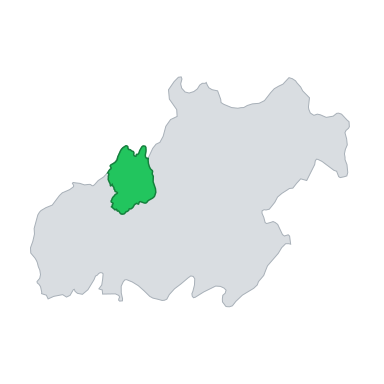 Južno-Banatski on a map of Republic of Serbia (Robinson projection), rotated 279°
{"feature_id": "SRB-1060", "entity_name": "Južno-Banatski", "entity_type": "District", "adm_level": 1, "iso_a3": "SRB", "parent_name": "Republic of Serbia", "parent_adm1": "", "projection": "robinson", "projection_center": [20.779, 44.991], "detail": "fine", "context": "in_parent", "style": "filled", "palette": "green", "viewbox_px": 384, "rotation_deg": 279, "n_neighbors": 0, "source": "natural_earth", "source_scale": "10m", "svg_char_len": 6773}
<svg xmlns="http://www.w3.org/2000/svg" viewBox="0 0 384 384"><g transform="rotate(279 192 192)"><path d="M218.9,143.5L229.0,146.4L233.6,149.0L236.0,152.5L242.5,154.8L252.9,155.9L260.2,159.5L264.3,165.5L271.0,164.0L280.2,155.1L289.3,152.8L298.3,157.1L303.2,160.6L304.0,163.3L302.0,164.4L297.0,163.9L292.9,165.6L289.7,169.5L289.3,173.7L291.5,178.1L294.7,181.2L298.8,182.9L301.0,185.2L301.4,188.1L302.4,188.9L300.1,190.3L297.6,192.3L296.2,195.8L295.9,201.5L287.9,205.9L284.9,206.7L283.6,209.6L281.6,217.9L281.9,224.1L283.0,227.3L283.5,229.9L286.1,233.1L288.5,237.9L290.1,244.4L293.6,249.3L302.5,254.2L306.9,257.1L310.2,261.2L312.7,264.9L320.1,269.9L319.6,273.4L318.0,276.9L316.3,278.5L312.7,282.9L309.2,285.5L303.4,293.3L294.2,293.7L292.0,294.4L288.5,296.5L286.8,300.4L288.5,303.6L288.3,306.8L286.7,312.9L289.0,319.6L292.3,322.6L292.8,324.4L292.3,327.5L287.4,333.8L286.0,336.1L281.1,337.2L279.4,336.6L276.9,334.5L274.5,333.8L268.7,336.4L262.8,338.0L258.1,336.8L253.5,336.6L250.3,337.7L247.9,338.1L243.2,340.8L235.6,342.8L232.1,342.4L230.8,339.8L229.4,336.1L230.1,334.5L235.1,331.6L235.6,328.8L242.6,315.5L243.9,311.2L243.9,309.8L242.1,308.9L238.3,308.9L221.3,303.5L222.0,297.3L217.0,294.0L211.6,291.0L210.7,287.7L204.7,281.0L200.4,277.3L194.8,275.4L190.0,272.7L187.1,271.0L185.8,267.9L185.8,266.0L184.4,264.2L182.1,264.4L178.1,266.9L173.3,269.0L172.5,270.6L174.2,274.3L175.5,276.7L174.9,278.9L173.4,281.7L164.1,288.0L163.0,290.2L164.8,293.7L163.7,295.3L155.9,297.6L156.1,295.7L155.6,292.6L151.1,289.3L144.9,286.8L130.9,278.1L125.6,276.9L120.8,275.9L113.9,271.7L110.4,271.0L106.5,268.0L98.0,257.9L90.8,252.4L85.9,249.7L84.5,247.0L84.2,244.2L84.4,243.2L88.2,239.3L91.1,238.7L94.8,238.6L97.2,240.6L100.4,241.0L102.2,238.5L103.2,234.8L102.8,230.1L95.1,219.2L88.5,211.6L87.8,210.0L89.2,208.5L91.5,207.8L94.0,208.4L100.5,209.0L106.7,208.3L108.8,206.4L108.9,203.9L106.6,201.6L99.4,195.4L93.7,189.9L87.1,185.6L82.2,183.9L80.8,181.8L80.2,179.5L80.7,175.3L81.1,170.0L82.3,166.6L86.8,160.3L91.1,153.6L93.8,147.1L95.2,141.1L94.7,139.4L92.5,138.1L87.8,136.8L81.3,137.9L75.7,140.1L73.6,140.3L72.9,137.6L73.8,136.4L75.5,136.5L76.9,137.0L78.4,135.8L79.4,132.2L77.2,119.7L81.3,118.6L81.4,116.8L81.8,115.2L86.0,117.4L92.0,117.4L97.3,117.0L98.1,115.8L98.0,114.0L96.9,112.6L95.1,111.5L93.8,109.8L90.2,109.0L79.2,104.5L73.8,99.8L74.0,94.7L75.6,92.0L77.5,91.0L77.0,90.1L70.8,87.7L68.6,84.5L70.4,80.3L67.3,71.8L63.9,66.6L67.3,64.3L67.8,61.1L68.1,59.3L69.4,59.3L74.8,57.2L76.8,55.4L78.0,53.4L79.3,52.9L82.9,55.1L86.7,55.3L91.0,53.9L94.2,51.9L98.0,50.3L99.8,49.2L102.0,47.4L106.5,42.3L111.6,41.2L118.4,42.5L125.8,43.0L131.3,41.8L145.2,43.3L148.2,44.5L150.1,45.8L153.7,50.2L157.2,56.0L162.1,58.6L167.9,61.7L170.9,64.0L175.3,70.9L178.7,74.2L179.9,74.1L181.1,73.2L181.9,72.5L182.8,73.1L182.8,75.2L183.0,79.8L182.2,84.7L183.5,89.4L183.5,90.8L182.6,92.1L182.7,93.3L184.0,94.6L188.7,97.6L193.1,102.4L198.1,105.7L202.8,107.8L205.8,108.0L210.6,111.8L220.2,114.6L223.3,115.5L225.4,117.1L226.9,118.9L227.0,120.9L225.5,121.8L223.5,124.5L222.6,127.7L221.1,128.5L219.6,128.5L218.5,129.5L218.7,130.9L220.0,132.2L222.0,133.4L225.8,134.6L229.6,136.4L229.6,137.8L228.8,139.4L224.0,139.9L220.4,140.2L218.8,140.8L218.9,143.5Z" fill="#d9dde1" stroke="#a8b0b8" stroke-width="1"/><path d="M197.7,105.7L200.6,106.9L201.2,107.3L201.7,107.8L202.3,108.3L203.0,108.4L203.6,108.2L204.6,107.2L205.2,107.1L206.2,107.7L208.3,110.4L209.3,111.5L211.4,112.7L212.5,113.1L215.1,113.2L221.7,115.0L223.4,115.8L225.0,116.9L226.5,118.6L227.1,119.1L227.4,120.1L227.1,121.1L226.4,121.7L225.6,121.7L224.9,122.0L224.4,122.5L224.0,123.1L224.1,123.7L224.1,124.3L224.0,124.6L223.9,124.9L223.4,125.5L223.2,125.8L222.9,126.9L222.9,127.4L222.7,127.8L221.9,128.4L221.3,128.5L219.7,128.6L219.1,128.9L218.6,129.5L218.4,130.3L218.5,131.0L219.3,131.2L220.4,131.2L220.6,131.6L220.4,132.1L220.5,132.5L221.9,133.4L224.9,133.9L226.4,134.5L228.6,135.3L229.5,136.0L230.0,137.2L229.8,138.7L228.9,139.4L226.4,140.0L224.7,140.2L221.1,140.1L219.4,140.6L218.6,141.2L218.1,142.1L217.9,143.1L218.9,143.5L216.4,143.7L213.3,144.5L210.4,145.9L208.4,147.3L207.8,148.1L207.3,148.9L206.8,149.6L206.0,149.9L204.5,149.8L203.6,149.9L203.0,150.2L201.5,151.3L199.0,151.6L196.0,152.0L189.5,155.4L186.0,156.3L184.0,156.0L182.1,155.7L180.7,154.9L179.4,153.6L177.2,150.7L176.4,149.9L174.7,149.0L174.0,148.3L173.7,147.4L173.7,146.5L174.4,142.7L174.2,141.8L173.4,141.4L171.7,141.1L171.8,139.9L172.0,139.6L172.1,139.4L172.1,139.1L172.1,138.9L171.8,138.6L171.5,138.3L171.1,137.8L170.7,137.4L170.3,137.1L170.1,137.0L170.0,136.9L169.5,136.8L169.2,136.7L168.5,136.4L167.7,136.1L167.5,135.9L167.1,135.7L166.6,135.2L166.3,134.9L166.1,134.7L165.8,134.3L165.7,134.2L165.7,133.8L165.7,133.4L165.7,133.2L165.6,132.9L165.4,132.6L165.2,132.5L164.7,132.5L164.3,132.4L164.1,132.4L163.8,132.1L163.2,131.7L162.9,131.3L162.7,131.1L162.5,130.8L162.4,130.5L162.4,130.3L162.3,130.1L162.1,130.0L161.6,129.6L161.1,129.4L160.3,128.8L160.1,128.7L159.9,128.5L159.7,128.2L159.5,127.8L159.5,127.3L159.4,127.1L159.2,126.5L159.1,126.4L159.1,126.2L159.4,125.7L159.4,125.4L159.3,125.2L159.7,124.5L160.2,124.1L160.5,123.7L160.9,123.5L161.0,123.4L161.6,122.6L161.8,122.3L161.8,122.2L161.7,121.8L161.6,121.6L161.5,121.4L161.6,121.2L161.9,120.9L162.0,120.8L162.1,120.7L162.6,120.6L162.8,120.4L163.0,120.3L163.1,120.1L163.1,119.8L163.0,119.7L162.7,119.3L162.4,118.9L162.3,118.7L162.5,118.3L163.0,117.7L163.3,117.3L163.5,116.8L163.7,116.5L164.3,115.8L164.4,115.6L164.6,115.1L164.7,114.8L164.8,114.8L165.0,114.7L165.3,114.8L165.4,115.0L165.5,115.3L165.6,115.5L165.8,115.6L166.0,115.6L166.3,115.6L166.7,115.4L166.9,115.3L167.0,115.3L167.3,115.4L167.8,115.8L168.1,115.9L168.3,115.9L168.5,115.8L168.6,115.7L168.9,115.3L169.0,115.2L169.1,114.7L169.4,114.1L169.4,113.9L169.5,113.8L169.8,113.7L170.0,113.6L170.4,113.5L170.5,113.5L170.8,113.6L171.7,114.0L171.9,114.0L172.1,114.1L172.9,114.1L173.1,114.2L173.5,114.3L174.4,114.7L174.9,115.0L175.3,115.2L175.6,115.5L175.8,115.7L177.0,116.3L177.3,116.4L177.5,116.5L177.9,117.1L178.5,117.9L178.9,118.4L179.0,118.4L179.2,118.5L179.3,118.5L179.5,118.5L179.8,118.3L179.9,118.2L180.0,118.0L180.2,117.3L180.4,116.9L180.4,116.7L180.4,116.4L180.4,116.2L180.5,116.1L180.9,115.8L181.0,115.7L181.3,115.6L181.7,115.5L181.8,115.5L182.0,115.4L182.2,115.2L182.5,114.8L182.6,114.6L183.2,114.4L184.1,114.2L184.3,114.1L184.6,113.8L184.7,113.7L184.9,113.5L185.1,113.3L185.8,112.6L186.0,112.5L187.0,112.0L186.2,111.5L185.4,110.9L185.3,110.7L185.5,110.4L186.7,110.1L187.1,109.9L187.3,109.8L187.9,109.5L188.5,109.0L189.4,108.4L190.7,107.6L191.0,107.4L191.4,107.3L191.6,107.2L191.8,107.2L192.8,107.2L193.0,107.2L193.9,106.9L194.1,106.9L194.6,106.9L194.9,106.9L195.1,106.9L195.6,107.1L195.8,107.1L197.1,106.9L197.5,106.4L197.7,105.8L197.7,105.7Z" fill="#22c55e" stroke="#15803d" stroke-width="1.5"/></g></svg>